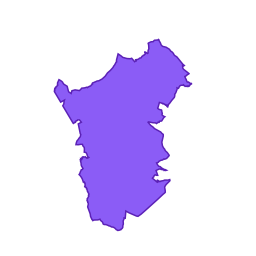 Copacel, Bihor, Romania (Natural Earth projection), rotated 235°
{"feature_id": "2599482B8051644338806", "entity_name": "Copacel", "entity_type": "district", "adm_level": 2, "iso_a3": "ROU", "parent_name": "Romania", "parent_adm1": "Bihor", "projection": "natural_earth1", "projection_center": [22.162, 46.971], "detail": "fine", "context": "isolated", "style": "filled", "palette": "violet", "viewbox_px": 256, "rotation_deg": 235, "n_neighbors": 0, "source": "geoboundaries", "source_scale": "gbopen_adm2", "svg_char_len": 5721}
<svg xmlns="http://www.w3.org/2000/svg" viewBox="0 0 256 256"><g transform="rotate(235 128 128)"><path d="M180.6,185.4L180.2,185.0L178.9,184.9L178.6,184.1L178.5,183.1L178.8,182.3L178.5,181.3L178.7,180.8L178.0,178.9L178.6,177.5L178.4,176.4L178.6,175.3L179.5,173.5L178.3,173.3L178.2,173.1L178.6,172.3L178.5,171.5L183.0,171.0L183.5,169.5L185.5,167.0L188.9,164.2L191.0,163.7L194.4,162.4L190.4,157.7L189.8,157.2L188.7,156.6L188.8,156.1L187.3,153.2L186.8,151.5L186.2,150.5L185.3,146.6L184.9,142.8L183.5,139.0L183.0,134.9L183.4,131.3L183.7,130.5L184.2,129.8L184.5,127.8L184.7,127.3L184.9,125.9L185.2,125.1L185.1,124.4L184.8,124.0L184.4,124.0L184.5,123.5L184.1,122.9L184.2,122.3L183.9,121.7L183.9,121.1L184.1,120.5L184.3,120.4L184.4,117.9L185.0,117.8L185.8,115.4L187.2,112.9L186.9,112.0L186.5,109.7L189.6,106.5L190.7,103.4L188.9,101.2L191.4,100.2L192.3,100.3L197.1,102.1L200.6,100.6L201.8,100.5L203.1,100.7L204.1,100.5L205.5,100.0L207.2,99.2L205.4,96.2L205.1,96.1L204.4,95.3L203.5,95.2L203.2,94.5L203.1,93.3L202.9,93.2L203.0,92.5L202.5,92.0L202.6,91.8L202.3,91.7L202.4,90.8L202.0,90.7L201.8,90.1L201.4,90.0L200.9,89.3L200.5,89.4L200.1,88.6L187.8,87.7L187.3,91.9L186.7,91.1L184.5,89.2L183.6,87.3L163.3,85.8L163.0,85.9L163.1,87.8L162.9,87.9L162.9,88.1L163.1,88.3L162.9,88.4L163.2,89.0L163.5,89.0L163.5,90.2L163.2,90.7L163.5,91.5L162.5,92.9L159.5,93.1L159.9,89.6L150.6,85.6L149.9,85.7L149.4,85.2L148.3,84.0L148.1,83.5L147.8,82.2L147.1,80.5L146.8,79.1L146.5,78.5L145.3,76.9L144.2,75.8L142.7,77.9L141.7,80.0L140.7,81.3L139.2,80.8L137.2,81.0L135.6,80.1L133.3,78.3L132.2,79.4L131.6,79.5L129.4,79.2L128.8,78.8L127.5,78.6L126.4,79.0L126.4,78.3L126.7,78.1L126.6,77.7L127.1,77.6L127.2,77.3L127.1,76.9L128.3,76.5L128.9,76.5L128.9,76.1L129.5,75.4L130.0,74.9L129.8,74.7L130.3,74.1L130.1,73.9L130.2,73.5L130.1,73.3L129.3,73.2L129.3,72.7L130.0,72.4L130.0,72.1L129.4,72.0L129.8,71.7L129.1,71.5L129.0,71.1L129.4,71.0L129.4,70.7L128.2,70.6L128.2,70.1L126.3,69.5L124.5,68.4L123.4,68.1L120.6,67.9L120.2,66.8L120.6,65.8L120.1,65.1L119.6,64.1L118.4,62.4L117.9,61.2L116.6,61.5L114.3,61.5L112.4,61.3L109.4,60.4L109.2,61.0L108.8,61.2L108.5,60.9L108.2,61.1L107.9,60.8L107.3,61.1L106.4,60.4L105.7,60.2L105.4,59.7L105.1,59.6L105.1,59.1L104.8,58.9L104.6,59.1L104.0,59.1L103.7,59.4L103.2,59.7L102.8,59.6L102.4,59.3L102.2,59.4L102.0,59.2L101.7,59.4L101.2,59.1L100.9,59.1L99.3,58.4L98.4,58.5L98.0,58.2L97.3,58.3L96.2,58.1L95.7,57.1L95.3,57.1L95.1,56.8L94.5,56.6L94.4,56.2L93.8,55.1L93.5,54.1L93.3,54.1L92.5,53.2L91.9,52.7L91.2,53.0L90.8,52.8L90.1,52.3L89.5,52.4L88.4,51.8L86.5,49.7L79.4,47.8L77.0,46.6L74.0,46.0L73.8,46.1L73.5,46.0L73.2,46.2L72.3,46.1L72.2,47.2L69.9,50.8L69.4,52.7L68.0,52.5L65.9,53.1L64.9,53.0L63.7,52.6L62.9,52.9L62.1,53.7L61.6,54.5L60.0,55.6L58.5,56.4L58.2,56.9L56.3,57.8L55.5,58.8L54.6,59.4L53.1,59.9L51.4,60.1L50.7,60.6L50.0,60.8L49.4,61.9L48.8,63.9L49.1,64.1L49.0,64.7L49.1,65.6L49.5,66.6L51.1,67.9L52.0,69.1L54.6,70.7L55.8,72.6L56.6,73.2L55.7,74.0L61.2,78.6L58.1,80.1L50.9,84.5L50.3,85.2L49.9,85.5L49.9,89.2L50.4,93.8L52.5,111.1L53.6,118.7L53.8,121.1L54.0,121.7L55.6,122.7L58.4,124.0L58.8,124.4L59.8,126.7L60.7,131.9L61.0,132.3L61.8,132.6L62.4,130.8L64.3,128.2L64.7,126.5L65.6,124.7L65.5,124.1L66.0,123.8L66.0,123.2L68.3,122.3L68.4,122.1L68.3,121.9L66.6,122.0L66.7,120.9L72.9,119.2L73.2,120.0L73.2,121.1L73.8,121.7L74.1,123.4L72.8,124.3L72.2,125.2L77.1,126.6L76.7,129.1L76.4,130.2L75.9,131.0L75.1,131.3L73.2,133.3L72.5,133.2L72.3,133.9L72.2,134.1L71.6,134.4L71.3,135.3L72.6,134.6L73.7,133.6L75.1,133.1L75.6,132.7L77.9,132.2L79.1,131.2L80.9,131.1L83.0,131.4L82.5,133.1L82.9,134.2L82.7,136.3L81.9,138.2L82.1,138.9L82.0,139.8L81.4,140.1L80.9,142.2L81.5,144.9L81.8,145.9L82.3,146.1L85.4,146.1L87.7,145.6L88.8,145.6L89.4,145.9L90.8,145.7L93.2,145.9L94.3,146.3L97.0,147.6L101.2,152.3L102.6,153.2L104.0,152.7L106.0,152.5L112.2,149.4L114.6,149.0L117.0,148.1L121.2,147.7L121.3,147.9L121.2,148.4L118.0,151.4L116.5,153.4L115.3,153.9L115.4,154.6L115.2,155.3L115.5,155.9L114.8,156.8L115.5,157.6L114.5,159.4L114.5,159.8L116.0,163.3L116.1,164.6L116.4,164.4L118.6,163.4L119.7,163.7L120.3,164.5L121.8,165.0L123.3,165.8L123.7,165.7L124.2,165.1L125.7,164.0L127.0,163.6L127.4,163.8L127.5,164.2L130.9,168.4L128.9,170.0L128.7,170.0L128.4,170.4L127.9,170.4L127.9,170.8L127.7,171.1L127.3,171.3L127.1,171.3L127.2,171.1L126.5,171.3L125.7,172.1L125.4,171.9L125.1,172.1L124.9,172.0L124.7,172.2L124.6,172.7L124.3,172.4L124.0,172.4L123.9,172.6L123.6,172.4L123.2,172.7L123.0,172.4L122.5,172.6L124.2,174.9L124.2,175.8L125.5,179.6L126.5,183.5L127.0,184.2L128.2,185.3L128.9,185.6L129.0,186.4L130.1,188.4L130.7,189.0L131.0,189.7L132.0,190.8L132.1,191.2L132.5,191.3L131.6,191.9L131.7,192.5L132.4,193.6L132.6,194.4L132.8,194.7L132.6,195.9L131.7,197.3L131.6,198.2L130.9,198.1L130.4,198.3L130.3,198.6L129.9,198.7L129.4,198.6L128.8,199.5L128.7,199.9L128.1,200.2L128.1,200.4L128.4,200.4L128.4,200.7L128.0,201.0L127.8,200.9L127.7,201.2L127.3,201.5L127.5,201.9L127.3,202.1L127.2,202.3L127.3,202.5L127.7,202.7L127.6,203.4L127.8,203.8L127.9,204.4L127.7,204.9L127.7,205.3L128.1,205.5L128.3,205.4L128.5,204.8L130.2,204.1L130.9,204.0L131.4,203.2L132.0,202.9L133.4,203.2L134.0,203.4L136.6,203.8L137.6,204.1L137.4,204.5L137.4,205.7L137.5,206.8L137.7,207.0L137.4,208.7L137.6,209.2L144.2,207.2L145.6,207.2L147.5,208.3L147.2,208.4L147.2,209.0L146.9,209.1L146.9,210.0L148.7,209.5L158.3,208.8L160.6,207.8L162.2,207.7L163.0,208.0L165.5,207.6L166.3,207.1L168.7,207.1L172.4,205.5L175.1,203.1L177.4,202.8L178.7,203.3L181.9,203.6L182.6,203.9L183.1,203.7L182.9,203.1L184.7,200.0L184.6,199.2L184.3,198.2L185.4,196.3L185.9,193.4L185.7,193.0L184.3,192.6L180.9,190.5L180.3,189.4L179.7,188.7L177.9,187.4L177.9,186.7L180.2,185.8L180.6,185.4Z" fill="#8b5cf6" stroke="#5b21b6" stroke-width="1.5"/></g></svg>